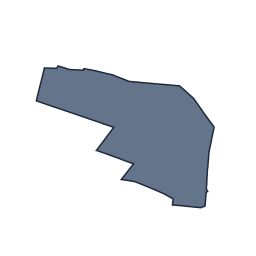 Mihailesti, Buzau, Romania, rotated 200°
{"feature_id": "2599482B24828707257018", "entity_name": "Mihailesti", "entity_type": "district", "adm_level": 2, "iso_a3": "ROU", "parent_name": "Romania", "parent_adm1": "Buzau", "projection": "natural_earth1", "projection_center": [26.667, 44.925], "detail": "fine", "context": "isolated", "style": "filled", "palette": "slate", "viewbox_px": 256, "rotation_deg": 200, "n_neighbors": 0, "source": "geoboundaries", "source_scale": "gbopen_adm2", "svg_char_len": 2571}
<svg xmlns="http://www.w3.org/2000/svg" viewBox="0 0 256 256"><g transform="rotate(200 128 128)"><path d="M159.7,172.8L160.6,172.7L160.8,172.7L162.0,172.5L163.7,172.3L166.6,171.9L171.1,171.4L176.2,170.8L178.5,170.6L182.6,169.9L186.1,169.3L186.7,169.2L189.8,168.6L189.8,167.0L203.1,162.9L206.8,162.8L214.9,162.4L215.5,159.7L217.7,158.9L219.7,158.3L223.1,157.1L227.1,155.8L227.0,155.6L226.3,149.1L225.8,144.3L225.3,139.1L224.8,134.8L224.2,128.5L223.8,125.4L223.5,122.6L223.4,122.2L216.3,122.3L209.3,122.4L205.9,122.5L192.2,122.8L179.6,123.1L166.2,123.3L165.8,123.3L163.3,123.4L152.0,123.6L151.7,123.5L151.7,123.4L150.7,123.6L148.1,123.6L145.4,123.7L143.1,123.7L141.7,123.6L143.5,117.5L144.0,116.0L144.7,113.7L145.0,112.5L145.5,111.1L146.0,109.2L147.5,104.5L148.5,101.1L148.7,100.4L149.2,98.7L149.5,97.8L149.8,96.6L150.0,96.1L149.1,96.2L131.3,96.3L127.7,96.3L124.1,96.3L122.6,96.2L110.5,96.2L111.3,93.9L113.5,87.1L116.7,77.3L113.4,78.0L111.7,78.4L106.1,79.4L105.1,79.6L103.1,79.9L102.0,79.9L89.7,79.5L80.9,79.1L80.3,79.0L78.1,78.9L73.5,78.6L72.2,78.6L71.0,78.4L61.4,76.8L61.2,76.4L61.0,75.7L60.9,75.4L60.7,74.9L60.7,74.5L60.8,73.9L60.4,73.6L60.3,73.2L60.2,73.1L60.2,72.4L60.3,72.1L60.3,71.7L60.1,71.3L59.6,70.8L59.4,70.9L59.1,71.0L58.8,71.1L58.4,71.2L58.2,71.3L54.8,72.3L53.8,72.5L53.4,72.6L53.0,72.8L52.9,72.8L52.1,73.0L51.3,73.2L50.0,73.6L49.6,73.7L48.5,73.9L47.5,74.2L47.3,74.2L46.8,74.4L45.7,74.6L45.3,74.7L44.6,74.9L44.4,74.9L43.5,75.2L42.3,75.5L41.2,75.8L40.8,75.9L38.5,76.4L36.6,76.9L36.5,77.0L35.6,77.2L34.8,77.4L34.7,77.4L34.1,77.5L33.7,77.7L32.3,78.0L30.1,80.0L28.9,81.0L29.2,81.9L29.3,82.5L29.5,83.1L29.7,84.0L30.0,84.9L30.5,86.9L31.3,89.6L31.4,90.0L31.5,90.4L31.7,91.3L32.6,94.3L32.4,94.6L31.4,95.5L31.5,95.6L31.6,95.8L33.3,97.2L33.5,97.3L33.5,97.5L33.7,98.3L34.0,99.1L34.2,99.8L34.5,101.0L35.5,104.2L36.4,107.2L36.7,108.0L37.8,111.8L39.0,115.7L39.2,116.2L39.6,118.5L39.8,119.1L41.5,125.2L41.9,126.6L42.4,128.5L43.5,132.3L43.9,134.6L44.0,135.2L44.7,139.9L44.7,140.4L45.5,145.4L45.9,147.5L45.9,148.0L46.2,150.0L46.6,152.5L46.7,153.6L46.8,154.5L47.0,155.2L47.0,155.6L47.1,156.9L47.3,158.0L47.4,158.3L47.5,158.4L49.3,159.6L52.5,161.7L54.6,163.1L57.7,165.2L60.4,167.0L69.3,173.2L73.5,176.2L74.1,176.5L75.2,177.3L76.7,178.4L79.7,179.5L80.1,179.7L81.1,180.1L84.2,181.3L87.4,182.7L89.3,183.4L94.0,185.2L95.6,184.8L97.3,184.3L100.0,183.6L107.6,181.6L115.9,179.3L120.6,178.1L123.7,177.3L129.7,175.6L132.3,175.0L135.9,174.0L142.7,172.2L143.7,172.2L156.8,172.5L158.1,172.5L159.0,172.5L159.6,172.5L159.7,172.8Z" fill="#64748b" stroke="#1e293b" stroke-width="1.5"/></g></svg>